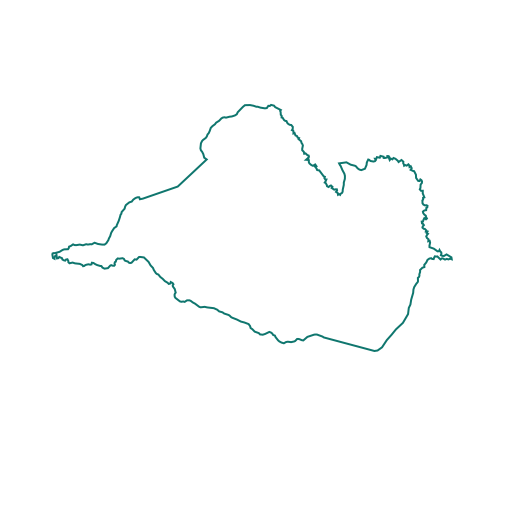 outline of Bom Jesus do Araguaia, Mato Grosso, Brazil, rotated 153°
{"feature_id": "56859067B58410572569646", "entity_name": "Bom Jesus do Araguaia", "entity_type": "district", "adm_level": 2, "iso_a3": "BRA", "parent_name": "Brazil", "parent_adm1": "Mato Grosso", "projection": "natural_earth1", "projection_center": [-51.737, -12.202], "detail": "fine", "context": "isolated", "style": "outline", "palette": "teal", "viewbox_px": 512, "rotation_deg": 153, "n_neighbors": 0, "source": "geoboundaries", "source_scale": "gbopen_adm2", "svg_char_len": 6049}
<svg xmlns="http://www.w3.org/2000/svg" viewBox="0 0 512 512"><g transform="rotate(153 256 256)"><path d="M93.2,169.1L91.7,169.5L90.7,169.1L89.2,167.0L87.3,166.8L86.1,165.6L84.4,165.5L83.1,164.2L82.5,166.1L85.5,170.9L88.5,170.7L89.9,171.5L90.9,172.8L89.8,173.8L89.3,175.1L89.8,176.6L89.8,178.0L90.8,177.2L92.1,177.7L94.3,181.9L97.4,185.1L96.8,186.4L94.8,188.9L94.4,190.6L95.8,190.9L94.7,192.5L95.5,194.5L95.4,196.2L93.8,197.3L92.7,197.7L93.5,199.1L92.2,199.9L93.5,200.7L92.6,201.4L93.3,203.5L94.2,204.1L94.8,205.7L94.0,206.7L92.4,207.3L92.6,208.7L93.3,209.7L92.7,211.4L91.6,210.9L90.1,212.4L88.8,213.3L87.9,211.5L86.7,211.8L86.8,213.7L86.4,214.8L87.3,216.7L87.5,218.4L87.2,219.7L86.1,220.1L84.8,220.0L83.6,219.6L82.3,221.6L81.3,221.6L80.4,222.9L81.0,223.8L82.5,224.4L83.5,225.8L83.7,227.4L82.5,230.0L81.5,230.4L80.7,232.0L79.4,231.8L79.0,236.1L77.8,238.4L79.3,239.1L79.8,241.0L78.6,242.0L76.9,244.9L75.0,245.8L74.2,247.1L74.2,248.5L74.8,249.6L76.2,248.5L77.4,249.3L77.9,252.9L76.6,255.8L76.6,259.8L77.4,260.4L79.1,262.6L77.4,263.6L77.4,265.7L78.8,265.6L78.3,267.2L78.6,268.5L80.7,268.1L81.8,269.3L83.0,269.2L82.7,270.4L82.7,271.9L81.9,273.1L82.8,275.5L86.3,275.0L86.4,276.4L87.6,279.3L89.0,280.9L90.6,280.2L91.7,281.6L93.3,280.8L93.1,282.6L92.3,283.5L92.5,284.8L93.6,285.4L94.2,284.2L96.7,284.8L97.7,285.4L97.2,286.5L99.7,288.7L101.1,287.4L103.4,289.2L104.7,288.0L105.8,288.6L105.8,287.0L106.9,286.5L108.4,286.8L110.9,288.7L111.5,290.3L112.2,291.0L114.8,289.0L116.2,286.9L119.3,284.3L123.1,284.7L124.2,285.6L125.1,286.8L125.7,288.2L126.3,290.7L127.0,291.6L130.2,294.4L132.9,298.4L139.9,300.8L139.9,298.9L139.7,297.8L140.0,293.3L139.9,289.2L140.4,287.0L141.8,284.4L144.4,281.6L145.5,279.5L148.6,275.7L149.6,274.0L150.6,273.2L152.5,273.0L153.3,272.3L153.9,273.4L155.1,273.3L154.6,275.1L155.6,276.8L154.0,277.6L153.7,278.7L154.8,279.3L156.2,279.6L157.7,282.3L156.5,282.9L157.2,284.8L158.6,284.9L160.0,284.5L161.0,285.9L160.7,287.2L160.8,289.4L161.4,290.2L160.0,291.0L158.6,292.2L159.5,292.7L159.7,294.3L158.7,295.3L159.5,296.2L160.8,303.6L161.8,304.2L162.6,305.1L162.3,306.3L162.8,308.7L161.4,308.6L161.7,310.7L164.3,310.5L165.4,311.9L166.4,314.3L166.3,315.7L165.5,317.2L166.2,318.1L167.7,319.0L166.2,319.4L165.2,318.8L164.9,319.9L163.8,320.3L163.5,321.6L164.4,322.5L165.3,325.0L166.6,325.2L166.1,327.2L166.8,329.2L166.2,330.5L164.1,333.1L163.9,334.5L164.1,336.2L163.7,337.8L165.0,340.8L164.1,341.5L165.1,342.6L165.0,344.2L166.1,345.5L165.8,348.1L167.0,348.2L166.3,349.5L165.9,350.8L166.8,351.8L165.6,352.6L164.6,354.3L165.1,356.7L166.3,357.5L167.2,358.8L167.7,360.3L167.6,362.4L168.6,363.1L169.3,364.5L169.5,367.1L170.3,367.8L169.5,369.2L169.8,370.6L168.7,373.1L168.6,374.3L167.6,374.8L171.3,379.9L171.7,381.8L174.0,383.8L175.6,383.4L176.8,384.2L179.2,382.9L181.0,383.5L184.7,386.2L186.7,388.2L188.0,388.9L190.0,391.0L192.8,393.2L197.4,395.4L200.0,394.8L207.0,392.4L208.8,391.0L211.0,390.8L214.2,391.3L216.3,392.1L219.9,392.9L221.1,393.9L222.7,394.4L224.4,394.3L227.5,393.2L231.0,392.9L232.8,392.0L235.8,391.5L238.1,390.7L240.5,388.4L242.4,386.9L244.0,386.3L245.6,384.8L247.2,384.0L250.7,383.4L251.9,382.9L253.9,381.4L256.7,377.1L257.1,375.2L256.7,373.3L256.7,370.7L257.5,367.1L256.1,364.4L294.2,353.4L330.9,358.5L333.7,359.3L333.4,361.3L334.6,362.0L336.2,362.3L337.6,362.3L339.9,361.9L342.0,360.9L344.5,361.3L347.1,360.8L348.9,360.4L350.4,359.2L351.6,357.8L355.7,356.2L356.9,354.7L357.9,354.3L359.6,352.4L362.4,349.6L366.1,346.6L366.8,345.7L369.7,345.3L373.0,343.4L374.5,342.4L377.0,339.8L379.1,338.4L380.3,337.2L383.6,335.3L385.8,334.9L388.2,336.2L391.4,338.5L393.8,341.1L397.1,341.0L398.5,341.9L399.5,342.1L400.7,342.6L402.0,343.6L405.3,344.1L407.9,346.2L411.3,347.3L412.8,348.2L413.7,349.4L416.6,349.0L418.3,349.2L419.3,348.0L420.4,347.4L423.9,349.0L425.6,349.2L429.1,348.9L434.0,349.9L435.1,350.5L436.1,350.6L436.8,349.7L437.8,346.4L436.8,345.0L436.1,346.3L434.9,347.2L433.3,347.5L434.4,344.2L433.1,343.8L431.7,344.5L429.8,342.0L430.1,340.8L429.2,339.4L428.1,338.5L426.9,339.1L425.5,338.7L425.5,336.7L426.0,335.6L425.5,334.2L422.4,333.4L420.6,331.6L416.6,329.0L414.8,326.7L414.7,325.4L413.5,325.1L412.2,325.4L411.0,325.2L409.1,324.7L407.6,323.5L406.4,323.2L405.3,324.5L404.0,323.6L403.0,321.8L401.7,320.1L399.4,317.9L398.3,317.2L398.1,315.4L396.7,313.5L393.4,312.4L390.3,313.6L389.2,313.6L388.2,312.5L386.8,311.7L385.7,312.2L385.4,313.7L384.5,314.6L383.5,314.6L382.3,316.0L380.3,316.6L379.1,315.7L375.9,314.6L375.0,313.4L375.0,311.6L373.9,310.3L372.7,309.3L372.3,307.8L371.4,306.9L370.0,306.5L365.6,308.1L364.1,307.0L360.7,308.2L359.7,307.8L356.5,305.6L354.4,299.5L354.2,295.5L353.2,292.1L353.4,290.0L353.0,286.2L352.5,285.0L351.4,283.8L350.8,280.8L349.5,278.0L348.6,275.0L346.9,272.3L346.4,270.7L344.8,270.4L343.8,271.5L342.6,269.8L342.4,268.3L343.5,267.7L343.9,266.6L343.4,263.5L344.2,259.8L345.3,259.3L346.2,258.4L346.9,256.6L346.8,255.2L344.4,250.1L343.3,249.1L341.5,248.5L340.4,247.5L337.6,247.8L335.4,246.7L334.5,245.6L333.4,243.3L332.0,241.3L329.6,236.4L328.6,235.4L324.8,234.0L322.9,232.4L317.2,228.6L314.9,225.7L314.0,223.4L311.4,221.0L310.5,219.2L307.2,215.9L306.6,214.9L305.9,212.8L305.2,211.8L301.9,208.1L299.2,204.4L296.6,202.1L293.5,198.7L293.1,196.3L293.5,194.2L292.5,192.5L291.5,189.2L288.5,186.0L288.0,184.3L285.7,182.8L283.3,182.4L278.6,182.3L277.4,181.0L276.7,179.5L276.6,177.9L275.3,176.5L275.4,174.8L274.6,170.8L274.0,169.3L272.6,167.3L270.8,165.6L268.3,165.7L266.6,165.2L263.8,163.3L260.7,162.5L259.6,162.5L257.1,163.4L256.1,163.0L255.0,162.1L253.4,160.2L252.2,159.3L246.9,160.6L239.7,159.5L237.4,158.4L233.3,154.0L232.6,152.7L193.6,117.6L190.6,116.6L185.2,117.4L177.6,121.7L170.9,124.3L164.6,127.1L155.5,129.7L146.9,135.2L143.4,140.4L140.5,142.6L137.5,146.7L132.7,151.8L130.9,154.7L129.1,156.5L125.6,158.6L124.0,159.2L123.1,160.0L121.7,163.0L120.2,163.4L119.3,164.3L118.8,165.5L117.0,167.3L116.2,169.0L113.1,170.0L111.0,169.7L110.1,171.7L107.3,172.9L104.9,174.7L102.7,175.0L100.9,174.5L100.4,173.4L99.1,172.6L98.0,173.7L96.7,174.5L95.8,173.7L94.6,173.3L93.2,169.1Z" fill="none" stroke="#0f766e" stroke-width="2"/></g></svg>